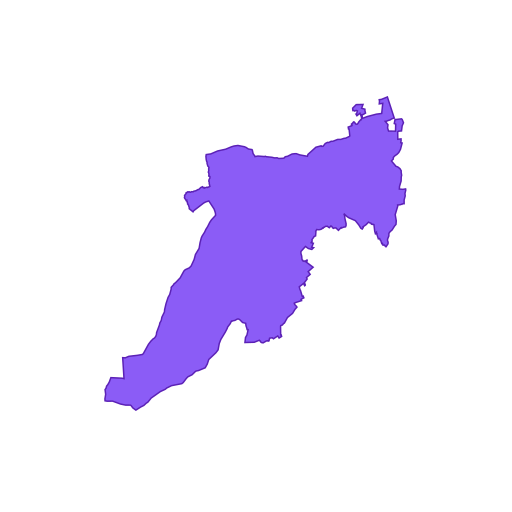 outline of Chinteni, Cluj, Romania, rotated 126°
{"feature_id": "2599482B62695638429632", "entity_name": "Chinteni", "entity_type": "district", "adm_level": 2, "iso_a3": "ROU", "parent_name": "Romania", "parent_adm1": "Cluj", "projection": "robinson", "projection_center": [23.558, 46.886], "detail": "fine", "context": "isolated", "style": "filled", "palette": "violet", "viewbox_px": 512, "rotation_deg": 126, "n_neighbors": 0, "source": "geoboundaries", "source_scale": "gbopen_adm2", "svg_char_len": 6076}
<svg xmlns="http://www.w3.org/2000/svg" viewBox="0 0 512 512"><g transform="rotate(126 256 256)"><path d="M451.3,262.6L445.9,260.5L442.8,258.9L439.6,258.3L437.9,257.6L432.5,257.3L421.9,253.7L417.2,251.1L415.2,250.6L410.5,248.1L402.9,241.0L401.2,240.5L395.9,240.4L393.8,240.1L389.6,237.9L385.3,237.2L384.2,236.8L382.5,235.2L376.3,231.4L372.1,231.9L367.5,233.4L357.9,231.6L354.2,231.5L348.4,234.3L344.2,235.4L335.7,236.1L331.7,236.7L330.1,237.2L326.0,237.1L323.1,237.6L322.9,237.1L322.1,236.7L320.5,235.2L318.1,234.1L317.4,233.4L317.1,232.4L317.1,231.3L317.7,227.8L316.5,224.8L318.4,223.0L319.8,221.0L320.8,219.9L320.2,219.1L325.2,216.9L328.1,216.6L332.5,214.1L326.8,206.7L322.2,203.8L322.4,202.4L322.6,202.3L322.8,201.4L322.8,200.7L322.1,199.2L318.5,197.6L317.4,196.5L317.7,196.1L317.0,195.6L314.5,196.7L312.6,194.8L312.7,193.2L307.9,191.4L308.8,189.1L306.0,188.0L305.0,189.3L305.3,189.6L305.0,189.9L298.6,194.7L297.8,195.1L296.3,194.1L294.2,194.0L293.6,193.6L287.3,194.4L280.9,192.7L276.3,193.1L273.3,192.8L273.0,193.4L272.5,196.2L271.7,197.3L270.1,196.4L265.3,192.9L264.6,194.1L261.7,192.7L260.7,194.3L261.5,194.8L257.7,199.8L257.4,200.6L255.5,202.9L250.2,201.4L251.5,199.2L251.0,199.0L250.7,199.5L250.3,199.3L249.0,201.2L244.6,201.1L243.7,202.5L239.0,201.4L238.0,204.6L231.5,203.2L231.4,211.4L231.1,211.7L229.8,211.7L229.3,212.4L231.0,213.1L231.6,213.0L231.7,214.2L232.3,214.5L232.4,215.2L231.9,215.9L232.0,216.3L231.6,216.9L229.2,219.0L227.4,221.3L225.9,222.3L219.2,221.6L219.2,218.1L217.9,214.7L215.4,214.3L216.2,216.1L212.0,217.1L212.8,219.2L212.0,219.3L211.9,218.9L211.6,219.0L210.1,220.0L209.8,220.4L206.9,220.3L206.2,220.5L204.7,219.6L201.0,221.9L200.8,222.3L198.8,222.4L198.4,221.4L197.6,220.3L196.2,219.1L194.5,218.4L194.2,218.6L193.9,218.0L193.0,218.1L192.5,217.6L191.3,217.3L190.0,215.8L190.1,214.2L190.0,213.3L187.7,213.1L187.5,212.4L188.1,210.6L188.2,209.7L187.6,209.4L186.3,207.9L186.8,204.4L183.2,203.9L182.9,203.7L183.2,203.3L181.2,202.1L179.8,200.7L178.5,201.0L176.9,202.1L173.4,206.1L170.9,208.4L170.7,209.1L170.2,209.2L170.6,205.1L170.5,203.3L169.0,196.4L170.5,190.9L171.9,187.6L171.8,185.9L169.9,186.0L169.6,186.6L165.8,185.3L162.5,184.9L162.3,183.3L161.9,182.3L162.4,181.3L162.0,181.0L161.8,179.9L161.3,179.4L161.3,179.0L166.1,174.6L167.7,172.6L166.3,172.5L166.5,172.3L166.3,172.3L166.7,172.0L166.7,171.4L167.3,171.1L170.2,167.1L169.2,166.3L170.2,164.7L170.1,164.2L172.1,161.5L171.5,161.1L172.6,159.7L171.6,158.4L172.2,157.0L172.2,156.4L171.9,156.1L171.0,156.3L169.0,156.3L168.3,156.5L167.1,157.3L166.4,158.5L165.0,159.5L161.7,160.3L159.6,161.8L157.5,161.8L155.0,161.2L150.3,161.5L148.2,161.3L145.1,163.2L140.7,167.7L132.2,170.7L131.5,171.4L129.7,169.4L128.5,168.6L128.4,168.3L128.0,168.3L127.0,167.6L126.8,166.9L126.6,166.9L123.6,169.1L119.7,170.6L117.9,172.2L114.6,173.6L113.8,174.4L115.7,176.3L117.6,179.4L115.3,180.8L110.0,182.7L106.6,185.0L105.1,185.6L102.9,187.8L101.7,188.6L100.7,190.9L100.6,193.5L101.2,195.9L100.9,196.4L99.5,202.3L96.9,201.9L95.6,202.8L93.5,202.6L90.9,201.7L88.4,201.3L84.8,201.8L78.7,204.2L79.3,205.5L77.4,206.4L76.0,207.5L78.2,209.9L72.3,214.3L71.3,214.1L69.3,211.8L64.7,214.3L61.5,215.0L59.6,218.0L59.5,218.9L63.3,223.0L63.8,223.8L67.6,222.0L67.2,220.5L73.0,216.5L77.0,222.2L75.1,224.8L72.2,226.4L71.1,230.6L70.1,229.5L69.1,229.0L67.0,227.4L65.5,226.9L63.1,225.3L50.1,243.2L55.6,246.6L57.1,248.2L58.3,247.0L60.5,245.7L58.0,243.2L66.8,238.1L70.5,242.0L77.7,247.9L82.4,251.0L81.0,251.8L79.4,253.3L78.6,252.5L76.0,251.4L74.5,253.2L73.2,254.2L74.4,257.4L70.5,258.5L74.6,263.9L79.6,264.7L81.2,263.4L81.4,262.9L80.9,262.7L80.6,261.6L80.7,261.3L79.4,260.6L79.0,259.3L82.2,258.0L82.5,258.4L83.2,256.8L79.4,255.8L81.4,252.7L82.8,251.2L84.2,251.1L84.2,251.4L87.5,251.7L87.8,251.5L89.7,251.5L90.6,252.4L89.9,255.1L90.4,255.2L90.3,255.9L92.0,256.0L93.2,256.3L93.6,255.2L94.3,255.5L94.5,255.2L97.5,257.2L98.9,255.8L98.6,255.3L103.7,250.7L104.3,250.7L108.1,252.8L109.0,253.9L111.8,255.9L113.6,258.4L118.1,261.3L119.1,262.7L121.4,263.8L121.9,264.8L122.7,265.3L124.3,266.1L127.8,266.2L128.9,267.7L128.6,268.1L132.8,271.5L143.3,273.7L145.1,273.0L148.5,280.1L149.5,283.5L150.2,284.5L152.3,286.8L156.8,289.1L158.5,290.7L160.3,290.9L161.0,291.5L163.8,295.0L164.1,296.6L165.7,298.6L166.8,301.2L169.6,306.0L169.9,307.2L170.5,307.5L174.0,313.2L176.2,315.3L175.8,315.7L174.9,318.5L172.4,321.3L172.3,321.9L173.9,325.0L174.0,327.8L174.4,329.6L177.2,335.6L180.0,338.5L182.3,340.2L187.4,343.3L193.6,348.8L200.0,352.6L203.2,355.9L204.8,355.1L207.1,353.1L208.3,351.8L208.9,350.7L209.9,350.0L211.6,347.8L211.7,346.8L212.3,345.9L213.1,345.7L214.9,344.3L216.2,343.9L216.4,343.3L217.5,342.1L219.1,341.2L218.8,340.1L219.0,339.8L220.1,339.1L221.8,338.9L223.2,338.2L223.9,337.1L224.9,336.4L226.8,334.2L229.1,335.5L229.1,336.1L231.4,337.7L231.1,338.4L231.8,338.8L231.4,340.0L233.0,340.9L235.8,341.4L236.5,342.1L238.6,343.0L240.1,344.4L241.0,344.6L241.9,346.0L242.9,346.4L243.2,347.0L243.1,347.4L243.9,348.2L243.9,348.6L244.4,349.1L245.1,349.1L245.8,349.7L246.3,349.3L249.0,349.4L250.0,348.5L250.9,348.2L251.5,346.9L251.6,346.0L252.2,345.1L252.0,344.9L252.3,344.9L252.4,343.6L253.2,343.0L253.4,342.3L254.1,342.0L254.5,340.6L256.3,338.2L257.0,337.8L257.3,332.9L256.0,333.0L244.0,329.5L241.9,328.5L239.2,326.5L242.6,317.6L244.3,315.1L245.5,313.7L246.9,312.6L252.9,313.3L255.9,313.2L260.7,312.4L264.0,312.2L266.9,311.6L271.7,311.3L273.5,310.9L278.1,309.1L283.3,306.5L290.3,305.9L295.2,304.0L302.2,302.6L304.8,303.0L308.7,305.2L310.5,305.5L318.2,304.5L324.8,305.4L326.8,306.0L327.7,305.8L331.2,306.2L332.6,305.2L337.8,303.2L341.2,302.8L347.4,300.8L353.1,298.4L355.1,297.2L360.8,296.2L363.8,294.8L366.8,294.4L368.5,293.6L376.4,291.4L378.1,290.4L379.9,289.9L382.0,289.9L383.4,290.5L386.6,291.0L390.6,291.1L401.0,289.8L402.4,290.0L406.1,293.6L411.9,299.9L415.2,301.9L416.6,304.1L432.8,290.7L433.5,292.4L439.7,301.9L444.3,300.6L447.2,300.3L449.1,300.4L451.2,299.6L452.8,299.6L456.3,296.3L460.3,294.3L461.9,293.0L460.9,291.0L457.7,286.7L455.4,278.6L453.3,273.9L450.5,270.0L450.4,269.2L451.3,266.3L451.3,262.6Z" fill="#8b5cf6" stroke="#5b21b6" stroke-width="1.5"/></g></svg>